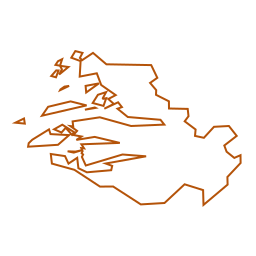 outline of Meløy nor, Nordland, Norway
{"feature_id": "86288312B75314465532393", "entity_name": "Meløy nor", "entity_type": "district", "adm_level": 2, "iso_a3": "NOR", "parent_name": "Norway", "parent_adm1": "Nordland", "projection": "mercator", "projection_center": [13.563, 66.788], "detail": "medium", "context": "isolated", "style": "outline", "palette": "amber", "viewbox_px": 256, "rotation_deg": 0, "n_neighbors": 0, "source": "geoboundaries", "source_scale": "gbopen_adm2", "svg_char_len": 1786}
<svg xmlns="http://www.w3.org/2000/svg" viewBox="0 0 256 256"><path d="M140.8,204.4L164.5,203.0L184.6,184.3L203.1,190.1L203.5,204.9L227.6,184.6L227.4,177.0L240.6,163.0L240.5,155.2L234.3,157.9L226.6,151.7L224.3,145.5L236.7,135.9L228.9,126.0L214.0,126.8L203.9,137.8L195.0,135.9L195.6,129.5L184.7,121.3L188.5,116.2L187.7,108.9L169.0,108.5L168.9,101.3L156.0,94.8L156.2,90.1L150.1,82.9L157.3,77.8L151.2,65.1L106.4,64.3L93.0,52.9L82.1,60.2L79.9,57.9L82.5,52.9L75.3,51.1L71.3,57.7L80.6,61.1L79.7,76.6L96.8,73.3L101.2,85.0L115.7,95.1L108.3,99.0L113.8,103.9L104.3,108.7L118.1,102.3L121.9,107.1L117.5,108.7L127.8,117.0L160.5,119.8L164.3,124.6L131.1,126.0L99.8,117.3L72.6,121.4L73.2,126.4L70.4,126.1L77.1,130.9L73.4,135.0L81.5,136.5L76.4,139.9L94.7,136.9L119.8,142.9L81.4,144.3L84.1,148.4L81.3,148.1L82.6,151.1L81.6,153.2L83.1,154.5L81.9,156.9L85.8,165.5L122.5,154.5L146.1,156.3L105.7,163.5L112.2,165.9L111.2,170.2L86.9,172.3L78.4,168.2L77.2,157.8L68.5,163.6L65.0,156.1L50.8,154.0L51.9,163.6L74.4,169.8L100.0,186.6L113.1,186.5L140.8,204.4ZM49.0,129.4L32.3,139.7L28.7,143.2L28.1,146.7L58.0,144.8L69.1,135.1L50.5,134.1L49.0,129.4ZM70.6,101.4L48.1,106.8L42.0,115.7L86.6,105.4L70.6,101.4ZM106.1,92.1L97.9,94.8L92.7,103.0L103.5,105.9L106.2,98.2L103.2,98.8L102.8,98.2L106.1,92.1ZM98.9,83.4L85.6,85.9L86.2,92.5L98.9,83.4ZM62.3,124.7L54.1,129.3L61.5,132.5L65.7,127.8L72.0,134.9L74.0,132.1L62.3,124.7ZM68.4,67.0L60.0,65.8L61.9,69.3L59.2,74.5L68.4,67.0ZM24.0,118.5L15.4,122.7L24.8,123.6L24.0,118.5ZM81.9,150.2L75.4,151.6L67.6,151.3L73.8,152.6L81.9,150.2ZM60.0,65.7L62.1,59.2L58.0,61.2L55.5,64.9L60.0,65.7ZM94.8,107.5L84.9,109.7L95.6,107.9L94.8,107.5ZM58.5,70.5L56.2,70.4L51.3,76.0L56.0,77.3L58.5,70.5ZM69.1,85.9L64.5,86.6L60.5,89.4L60.1,90.2L69.1,85.9Z" fill="none" stroke="#b45309" stroke-width="2"/></svg>